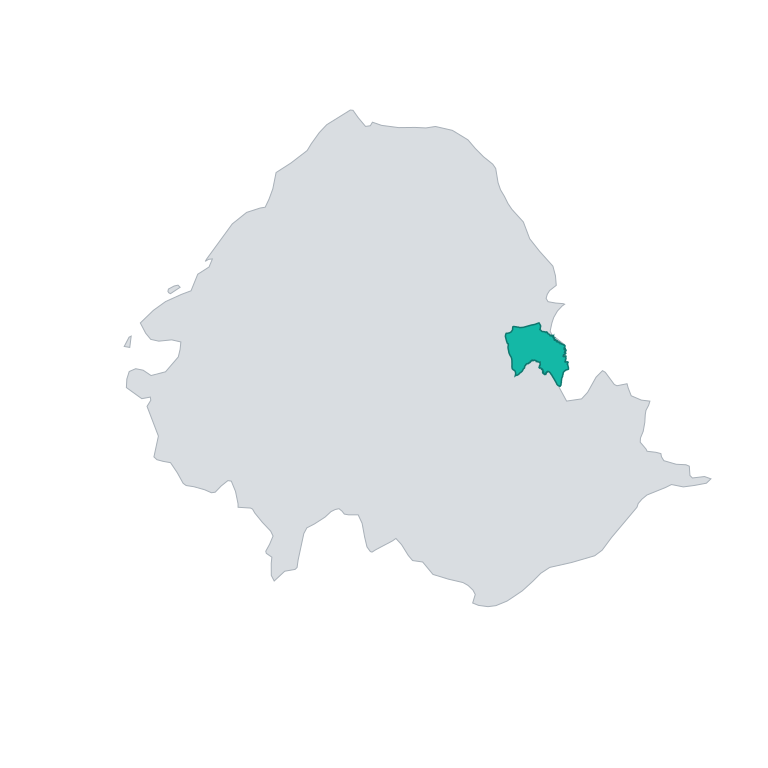 Chhaeb, Preah Vihéar, Cambodia shown in context, rotated 60°
{"feature_id": "14789045B96642670477146", "entity_name": "Chhaeb", "entity_type": "district", "adm_level": 2, "iso_a3": "KHM", "parent_name": "Cambodia", "parent_adm1": "Preah Vihéar", "projection": "robinson", "projection_center": [105.534, 13.896], "detail": "fine", "context": "in_parent", "style": "filled", "palette": "teal", "viewbox_px": 768, "rotation_deg": 60, "n_neighbors": 0, "source": "geoboundaries", "source_scale": "gbopen_adm2", "svg_char_len": 8250}
<svg xmlns="http://www.w3.org/2000/svg" viewBox="0 0 768 768"><g transform="rotate(60 384 384)"><path d="M629.6,148.3L631.1,154.4L627.1,165.8L622.8,176.2L614.8,185.3L614.4,191.9L611.6,211.8L612.7,218.2L614.6,223.6L617.2,226.5L624.3,246.0L630.7,263.7L637.0,278.2L638.1,287.4L632.4,310.7L625.7,332.2L626.3,342.8L629.2,353.5L632.3,367.8L633.5,386.0L631.9,397.9L628.8,405.3L623.0,412.8L618.0,416.7L611.9,410.2L607.0,410.0L600.5,411.9L595.4,414.9L585.0,426.0L573.4,436.8L557.5,439.5L551.2,447.5L544.6,448.7L531.9,449.1L523.7,450.9L524.1,455.0L523.4,474.0L523.6,478.4L522.3,479.6L516.6,480.2L506.9,477.3L493.7,472.6L484.4,471.8L479.6,480.1L476.8,483.4L473.2,483.9L469.5,485.3L468.3,489.0L468.0,493.7L469.8,501.6L470.4,514.2L470.0,522.7L473.4,528.2L493.5,546.4L499.4,551.0L500.1,553.7L496.5,563.6L499.7,577.6L493.4,577.3L482.9,571.3L477.9,567.7L471.8,570.6L469.7,570.0L465.6,563.2L460.2,556.1L454.7,555.7L443.0,558.5L431.1,560.4L426.6,560.4L424.7,561.6L417.8,572.0L414.8,570.3L402.8,566.3L391.8,564.8L389.6,567.5L390.9,576.0L393.3,584.3L391.9,587.8L385.9,592.2L377.9,600.0L373.0,606.1L369.6,607.6L357.5,607.4L345.4,608.2L340.5,614.0L336.0,618.5L332.1,619.7L316.3,605.4L284.9,600.4L281.5,594.1L278.5,592.9L275.6,601.1L258.3,608.9L251.1,604.2L245.8,598.4L246.6,591.4L251.6,585.7L260.2,581.5L264.2,567.1L257.7,548.6L252.0,543.2L246.0,538.9L239.6,545.8L234.3,557.6L228.7,563.7L220.8,565.0L209.3,564.5L204.9,546.9L203.4,531.9L205.1,514.7L206.8,504.5L195.8,490.4L195.2,477.0L189.9,470.1L188.3,473.6L188.4,477.5L186.9,474.7L169.5,435.4L166.7,417.2L169.7,403.2L171.5,398.5L166.4,391.1L159.4,382.7L146.9,371.7L146.1,354.3L143.4,333.8L139.6,326.9L133.9,314.3L130.8,303.9L129.9,276.2L131.5,274.0L140.3,273.2L151.7,271.2L153.5,266.7L151.5,263.1L158.8,256.8L169.3,243.1L177.4,228.7L183.2,219.7L186.7,210.7L198.5,198.0L214.6,189.2L225.6,187.2L237.0,184.2L248.0,179.9L253.2,179.5L266.8,184.6L274.1,186.0L281.8,185.9L289.8,186.4L296.8,185.9L313.4,182.3L331.1,185.2L346.9,182.9L366.4,178.8L376.0,181.4L384.7,185.5L385.9,193.9L388.0,197.8L390.9,200.8L394.7,200.8L399.7,194.9L403.9,188.8L405.2,187.7L405.5,190.7L407.5,197.3L411.2,203.7L415.0,208.0L421.3,213.7L425.4,214.0L438.7,208.6L458.7,216.4L461.0,220.3L467.5,228.3L474.5,234.0L490.1,234.4L495.7,220.3L493.0,211.8L484.1,196.9L481.7,188.1L484.5,186.5L499.6,184.8L502.0,183.1L505.3,173.4L509.4,174.5L517.8,175.8L526.6,169.2L531.8,162.3L534.7,165.4L537.8,170.3L541.2,173.1L547.6,177.3L554.6,183.2L559.0,188.9L562.5,191.2L571.4,189.6L573.8,189.8L579.0,182.8L582.7,179.0L585.7,180.1L590.3,180.0L599.6,171.1L604.9,162.9L607.8,160.7L616.2,164.8L619.6,163.9L624.4,152.7L629.6,148.3ZM199.0,523.8L197.3,524.8L195.7,524.8L194.0,523.2L194.2,516.8L195.4,513.0L198.3,512.2L199.0,523.8ZM225.2,585.9L221.6,590.2L216.0,581.4L216.1,579.0L225.2,585.9Z" fill="#d9dde1" stroke="#a8b0b8" stroke-width="1"/><path d="M442.5,266.2L442.4,265.5L442.7,265.1L442.7,264.5L443.0,264.1L443.1,263.8L442.9,263.0L442.9,262.1L442.7,261.8L442.4,261.0L442.4,259.8L441.9,257.7L440.6,255.7L440.4,254.4L440.1,254.1L439.8,254.0L439.6,253.7L438.9,253.3L438.7,252.5L438.7,252.1L438.0,251.5L438.0,250.5L437.8,250.3L437.8,250.0L438.0,249.7L438.3,249.4L438.3,249.1L438.5,248.8L438.4,248.6L438.4,248.4L438.0,247.8L438.0,247.4L438.4,247.2L438.2,246.5L438.2,246.3L438.1,246.2L438.0,245.8L437.7,245.7L437.8,245.5L437.7,245.4L437.7,245.0L437.5,244.8L437.6,244.6L437.6,244.3L437.8,244.1L437.7,244.0L437.8,243.7L437.6,243.6L437.8,243.5L437.9,243.3L438.0,243.3L438.0,243.1L438.3,242.9L438.2,242.8L438.3,242.6L438.4,241.9L438.7,241.6L439.0,241.5L439.4,241.0L439.6,241.1L439.9,240.7L440.1,240.7L440.3,240.5L440.6,240.6L440.8,240.7L440.9,240.2L441.1,240.1L441.1,239.9L441.3,239.7L441.4,239.8L441.9,239.6L442.0,239.3L442.1,239.2L442.5,238.8L442.9,238.6L443.1,238.3L443.3,238.3L443.3,238.0L443.8,238.3L444.1,238.5L444.3,238.5L444.7,238.8L444.9,238.8L445.3,238.9L445.5,239.2L445.7,239.9L445.8,240.0L446.1,239.9L446.2,240.1L446.3,240.3L446.5,240.5L446.4,240.6L446.5,240.7L446.8,240.9L447.0,241.0L447.1,241.4L447.8,241.4L448.0,241.3L447.9,241.0L448.0,240.9L448.1,240.6L448.4,240.5L448.6,240.2L448.9,240.2L449.2,240.1L449.6,240.2L449.8,239.9L450.1,240.2L450.3,240.1L450.7,240.0L450.8,239.8L450.8,239.6L451.1,239.7L451.3,239.7L451.6,239.4L451.9,239.7L452.2,239.8L452.5,239.9L452.5,240.2L452.9,240.7L453.3,240.8L453.4,240.5L453.7,240.4L453.9,240.5L453.9,240.2L454.4,240.6L454.5,240.8L454.9,240.5L455.0,240.4L455.3,240.5L455.6,240.3L455.8,240.3L456.1,240.2L456.2,239.8L456.3,239.6L456.1,239.4L456.4,239.2L456.2,239.0L456.3,238.8L456.3,238.6L456.1,238.4L455.9,238.5L455.5,238.3L455.6,238.0L455.5,237.9L455.3,238.0L455.2,237.9L455.2,237.5L455.4,237.3L455.4,237.0L455.0,236.8L455.1,236.6L454.9,236.4L454.9,236.1L455.1,235.7L455.3,235.6L455.4,235.4L455.7,235.3L456.0,234.9L457.3,234.5L459.3,234.4L460.4,234.2L461.8,234.3L463.9,234.2L466.0,234.2L467.4,234.2L469.3,234.2L470.4,234.4L471.2,234.3L471.9,234.1L472.5,233.9L473.5,233.2L474.0,232.6L473.7,232.2L473.5,231.4L472.6,230.7L472.1,230.4L471.7,230.1L471.2,229.5L470.3,229.1L469.5,228.4L468.9,228.1L468.5,227.6L467.7,227.1L466.8,225.6L466.4,225.4L466.1,225.1L465.5,224.7L464.9,223.8L464.3,223.6L463.8,223.1L463.5,222.6L462.9,220.8L463.0,220.4L463.1,219.9L462.8,219.4L462.8,219.1L463.2,218.2L463.4,217.2L463.4,216.9L463.2,216.7L461.8,216.0L461.2,215.9L458.9,215.2L458.4,215.4L458.2,215.2L457.5,213.9L457.2,213.7L456.6,213.9L456.4,214.5L455.8,215.3L455.7,216.0L455.4,216.2L455.0,216.0L454.8,215.4L453.7,214.8L453.6,214.6L453.4,214.4L453.2,213.8L451.7,213.2L451.2,212.7L450.9,212.5L450.6,212.6L450.6,212.8L450.7,213.0L451.1,213.1L451.1,213.6L450.9,213.7L450.6,213.4L450.2,213.6L450.0,213.9L450.0,214.9L449.8,215.0L449.6,215.0L448.4,213.8L448.7,212.7L448.2,212.0L448.5,211.8L448.5,211.4L448.4,211.3L448.0,211.5L447.8,211.5L447.2,210.9L447.1,211.0L447.0,211.3L447.0,211.8L446.9,211.9L446.1,211.0L446.0,210.8L446.1,210.0L446.1,209.8L445.6,209.9L445.5,209.5L445.3,209.4L444.7,209.8L444.0,209.3L443.9,209.3L443.8,210.0L444.2,210.4L444.2,210.6L443.9,210.6L442.7,209.8L442.6,209.2L442.2,208.7L441.3,208.1L441.1,208.1L440.7,208.4L440.4,208.4L440.4,208.6L440.0,208.6L440.0,208.8L439.9,209.0L439.7,209.0L439.4,209.1L438.7,209.5L438.7,209.9L438.4,210.1L438.2,210.1L437.9,210.1L437.7,210.2L437.5,210.3L437.5,210.6L437.4,210.7L437.2,210.7L437.1,211.0L436.9,210.8L436.4,211.2L436.2,211.1L435.9,210.9L435.6,211.0L435.6,211.4L435.6,211.6L435.2,211.5L434.7,211.9L434.7,212.3L434.5,212.5L434.2,212.7L433.8,212.7L433.6,212.8L433.5,212.6L433.3,212.6L433.2,212.4L433.0,212.7L433.1,213.0L432.9,212.9L432.8,213.0L432.5,213.4L432.3,213.5L432.1,213.5L432.1,213.4L431.7,213.7L431.7,214.0L431.6,213.8L431.3,214.5L431.2,214.5L430.9,214.4L430.7,214.4L430.4,214.3L430.4,214.0L430.5,213.8L430.3,213.9L430.1,213.8L429.8,214.0L429.7,213.9L429.4,214.0L429.5,213.8L429.4,213.6L429.2,214.1L428.8,214.1L428.6,213.9L428.3,214.1L427.9,214.1L427.7,213.8L427.7,213.6L427.4,213.4L427.5,213.6L427.3,213.7L427.1,213.5L426.7,213.6L426.7,213.8L426.5,214.0L426.6,214.3L426.4,214.4L426.3,214.6L426.1,214.2L425.9,214.6L425.6,214.5L425.4,214.9L425.4,215.1L425.2,215.3L425.2,215.5L425.1,215.9L424.9,215.8L424.7,216.0L424.4,215.9L423.8,215.9L423.4,216.1L423.0,216.6L422.7,216.8L422.4,216.8L422.0,217.0L421.8,216.8L421.4,216.7L421.1,216.9L420.6,217.0L420.4,217.0L420.3,217.9L419.9,217.8L419.8,218.2L419.6,218.4L418.8,219.1L418.2,219.9L417.8,220.6L417.6,220.8L417.1,221.1L415.6,221.4L414.8,221.8L413.9,220.8L412.7,219.9L412.4,219.5L412.0,219.3L411.4,219.2L408.6,219.2L408.3,220.4L408.3,220.9L408.1,221.5L407.9,223.2L407.2,225.4L406.7,226.7L404.6,235.0L403.2,237.9L403.0,238.3L402.1,239.0L401.3,240.2L400.7,240.8L400.0,241.7L399.5,242.3L399.0,243.0L398.9,243.5L398.9,243.8L399.1,244.0L400.1,244.8L400.9,245.2L401.3,245.6L401.7,246.2L402.5,248.1L402.4,250.1L402.0,250.9L401.9,251.6L401.7,252.0L401.2,252.8L401.3,253.0L402.1,254.0L402.7,254.5L403.3,255.0L403.8,255.2L406.0,255.8L408.1,256.4L410.2,256.8L410.6,256.8L411.2,256.3L412.5,256.9L413.8,258.0L414.7,258.5L416.6,259.2L416.8,259.2L418.1,259.7L419.5,260.2L421.1,260.4L422.5,260.5L423.9,260.4L425.2,260.6L426.0,260.8L427.7,261.5L429.1,262.3L430.8,263.2L432.7,264.4L434.0,265.0L435.0,265.3L435.3,265.2L436.4,264.9L437.4,264.3L438.0,264.1L438.9,264.1L440.5,264.6L441.5,265.3L442.5,266.2Z" fill="#14b8a6" stroke="#0f766e" stroke-width="1.5"/></g></svg>